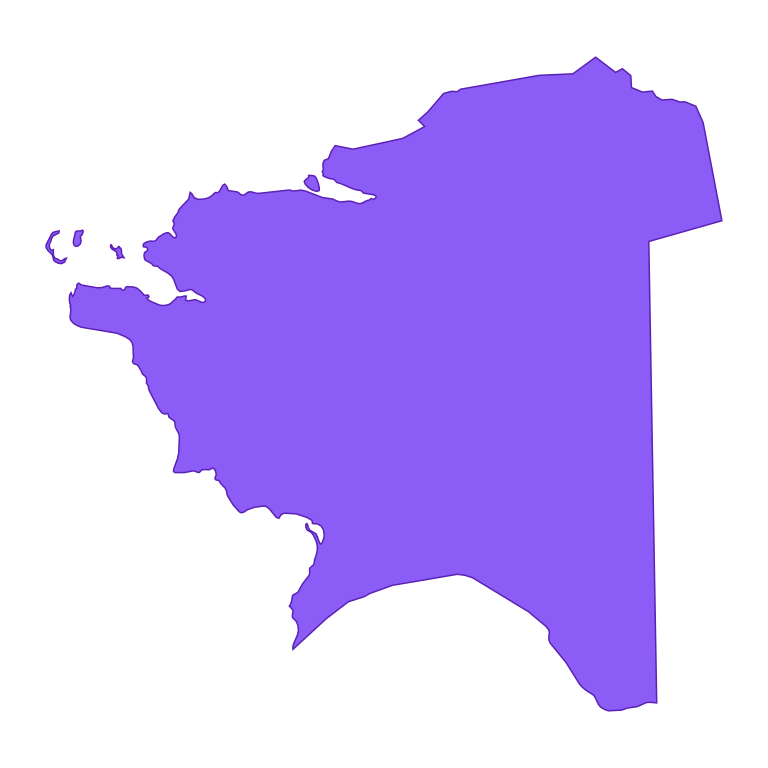 the Region of Mangghystau
{"feature_id": "KAZ-3236", "entity_name": "Mangghystau", "entity_type": "Region", "adm_level": 1, "iso_a3": "KAZ", "parent_name": "Kazakhstan", "parent_adm1": "", "projection": "robinson", "projection_center": [52.321, 43.87], "detail": "fine", "context": "isolated", "style": "filled", "palette": "violet", "viewbox_px": 768, "rotation_deg": 0, "n_neighbors": 0, "source": "natural_earth", "source_scale": "10m", "svg_char_len": 6043}
<svg xmlns="http://www.w3.org/2000/svg" viewBox="0 0 768 768"><path d="M608.6,710.8L605.4,709.8L602.5,708.3L600.4,706.8L598.6,704.7L595.6,698.3L594.4,696.2L592.7,694.5L586.2,690.4L582.6,687.5L579.4,683.9L566.0,662.4L550.4,643.4L549.3,641.1L548.8,638.6L548.9,635.9L549.3,633.7L549.3,631.6L548.2,629.1L545.8,626.2L528.3,611.6L472.5,577.7L465.0,575.3L457.3,574.3L392.5,585.3L370.0,593.4L364.3,596.6L348.3,601.8L326.5,618.5L293.0,649.3L292.8,646.8L293.6,644.0L297.5,634.8L298.5,630.0L297.8,625.0L296.7,622.4L295.4,620.3L293.4,618.7L292.6,617.6L292.3,616.0L292.9,611.7L292.9,610.4L292.3,609.3L289.3,606.1L290.5,604.3L291.4,602.0L292.0,599.4L292.2,597.1L292.8,595.1L297.8,592.4L302.8,583.5L308.9,575.6L309.5,574.4L309.7,572.9L309.6,568.9L310.0,567.9L313.1,565.1L313.9,563.9L314.2,562.9L314.6,559.7L316.3,554.7L317.3,550.0L317.3,545.5L316.0,540.7L313.4,535.3L311.4,532.5L307.0,529.9L305.8,527.1L305.8,524.4L306.9,523.5L307.6,524.8L308.4,527.5L309.5,530.0L316.0,533.8L316.5,534.7L316.8,536.3L317.3,536.4L318.8,540.9L319.8,543.2L320.8,544.1L321.9,543.1L323.0,540.6L323.9,537.6L324.2,535.1L323.4,529.6L321.0,525.9L317.3,523.9L312.5,523.5L312.0,520.4L306.8,517.4L296.3,513.9L284.8,513.2L283.5,513.5L281.0,514.8L278.9,518.3L276.2,517.3L269.4,508.9L265.6,506.2L263.2,506.1L254.3,507.3L247.5,509.7L243.8,512.1L241.5,512.8L239.4,511.9L233.5,505.4L228.3,497.2L227.3,495.3L226.3,490.6L225.2,488.2L220.4,483.2L219.1,480.6L216.3,480.0L215.4,479.5L214.9,477.9L215.9,475.8L216.2,474.4L215.8,472.0L214.7,469.5L213.0,468.0L209.0,469.8L204.0,469.5L201.6,470.1L199.5,472.3L198.5,472.6L193.6,470.8L184.2,472.6L174.8,472.6L173.5,471.4L173.9,468.5L177.6,458.3L178.7,453.0L179.4,436.5L178.9,433.9L175.3,427.0L174.8,421.9L173.2,420.2L169.2,417.5L168.4,415.4L168.1,413.6L167.2,413.4L165.0,414.1L162.9,413.5L161.5,412.4L158.8,409.0L149.6,391.4L148.8,389.2L148.2,385.8L146.4,383.1L146.6,379.2L146.4,378.0L145.6,376.6L142.6,374.1L142.0,373.0L141.2,370.7L139.7,368.5L138.4,366.1L137.5,365.0L136.4,364.5L134.1,363.9L133.3,363.2L132.5,361.5L133.4,357.7L133.1,347.2L132.1,342.6L129.5,339.4L125.5,336.8L116.9,333.2L81.4,327.3L76.9,325.4L74.7,324.1L72.5,322.3L70.7,320.0L70.0,317.3L70.7,311.6L70.8,308.9L70.1,306.5L70.8,305.6L69.8,303.3L69.3,299.2L69.6,295.1L71.0,292.7L72.6,296.4L74.0,294.7L75.1,291.2L75.4,289.3L76.6,288.6L76.9,285.4L77.2,284.1L78.5,283.2L79.4,283.5L81.4,285.0L97.2,287.8L102.0,287.6L106.8,286.0L109.3,286.0L110.3,288.0L111.9,288.4L120.7,288.4L122.2,289.9L123.3,290.4L124.5,289.7L125.6,287.5L126.1,286.9L127.3,286.7L132.5,286.9L135.1,287.4L137.3,288.4L140.8,291.4L143.8,294.8L144.8,295.4L147.3,295.0L148.3,295.3L149.0,296.3L148.7,297.1L147.9,297.7L146.9,297.9L148.5,300.0L151.2,301.6L159.3,305.0L162.2,305.5L165.2,305.4L168.2,304.7L170.5,303.6L175.9,298.7L176.6,297.5L177.3,297.0L180.4,297.0L184.8,296.0L186.3,296.1L185.5,300.1L188.4,300.9L195.3,299.6L202.1,302.4L204.3,302.2L205.7,300.6L205.2,298.8L203.7,297.2L202.3,296.1L196.2,293.1L192.1,289.8L189.8,289.5L184.9,290.9L180.1,291.5L177.3,289.2L173.9,279.8L171.6,276.1L168.2,273.3L160.2,268.6L157.7,266.3L154.1,265.9L153.0,265.5L152.6,264.7L151.5,263.6L145.1,260.0L144.3,257.9L144.0,255.0L144.6,252.5L147.1,250.9L147.5,249.9L147.5,248.7L147.2,247.9L146.1,247.2L143.5,246.8L143.1,245.3L144.0,243.4L146.4,242.1L149.0,241.3L151.0,241.0L153.5,241.3L154.7,241.1L156.1,240.2L158.0,237.6L159.0,236.8L163.3,234.1L165.8,233.0L168.0,232.6L169.7,233.6L173.4,237.5L175.6,237.7L176.5,236.1L175.9,233.7L173.1,229.5L172.7,228.2L174.2,224.1L174.1,223.2L172.9,220.7L174.8,216.9L177.8,212.8L178.4,210.9L179.4,208.9L188.3,199.5L189.2,197.5L189.6,194.8L190.2,192.4L191.6,193.5L194.3,197.7L198.0,199.3L203.0,199.2L208.0,198.0L211.5,196.0L214.6,193.0L215.5,192.5L217.7,192.6L218.7,192.1L220.2,190.0L222.7,185.4L224.6,184.1L225.8,185.2L226.9,186.9L227.7,188.8L228.0,190.5L236.6,191.8L238.2,192.3L240.9,194.7L242.8,195.2L244.6,194.7L247.8,192.3L249.7,191.8L252.0,192.0L256.1,193.2L258.3,193.4L289.3,190.0L293.6,191.1L301.0,190.1L305.7,191.1L322.6,197.6L332.7,199.0L337.7,201.3L340.2,202.0L349.4,201.1L352.1,201.5L357.6,203.4L360.1,203.6L362.2,203.0L366.4,200.8L369.3,200.0L371.1,198.5L373.9,199.4L375.4,198.2L376.1,197.2L375.9,196.0L374.1,194.9L363.5,193.1L361.4,190.9L360.4,190.4L357.4,190.1L352.8,188.8L340.1,183.3L337.6,182.8L336.7,182.3L334.1,179.5L333.2,179.1L329.5,178.6L324.6,176.7L322.9,175.6L323.4,174.0L322.3,172.0L322.5,171.0L323.3,169.7L323.4,168.7L322.9,166.7L323.0,163.8L323.6,161.5L324.7,160.0L326.6,159.5L328.3,158.6L329.4,156.3L331.1,151.8L335.2,145.6L352.9,149.2L402.7,138.4L424.7,126.5L418.4,120.3L427.7,112.0L443.6,93.5L451.5,91.3L457.2,91.7L460.6,89.2L538.7,75.4L572.9,73.8L595.6,57.2L615.6,72.4L622.4,68.7L630.8,75.6L631.5,87.6L642.6,92.1L652.4,91.1L655.9,96.5L661.8,100.0L672.1,99.3L679.9,102.0L684.9,101.8L695.9,106.3L703.1,122.5L721.9,220.7L648.8,241.5L656.7,702.9L649.7,702.3L646.2,702.6L637.1,706.7L627.6,708.0L621.6,710.1L608.6,710.8ZM318.4,183.8L319.3,188.0L319.3,190.5L316.8,191.5L311.9,189.9L307.9,187.1L305.2,184.1L304.2,181.4L305.7,179.6L308.4,177.6L308.8,176.7L308.5,175.8L309.0,175.3L312.6,175.6L314.6,176.1L316.4,178.3L318.4,183.8ZM64.5,262.1L61.7,263.6L58.5,263.3L55.3,261.7L53.8,260.3L53.3,259.2L53.2,257.8L52.6,255.7L51.6,254.0L47.9,250.5L46.1,247.5L46.1,244.8L51.8,233.6L52.9,232.6L54.5,231.9L59.1,230.9L58.9,233.0L53.0,236.0L51.4,238.9L51.1,240.7L49.6,243.8L49.3,245.8L49.6,247.8L50.5,249.5L51.8,250.3L53.3,249.7L53.3,252.8L53.6,255.9L54.8,258.1L58.2,259.4L60.1,260.8L61.6,260.8L64.9,258.6L66.4,258.2L64.5,262.1ZM73.7,239.5L75.5,231.9L76.7,231.0L80.8,230.9L82.3,230.1L82.7,230.2L83.2,231.7L82.3,234.3L81.6,235.4L80.8,235.9L80.4,236.7L81.1,241.4L80.2,244.1L78.1,245.9L75.8,246.4L74.1,245.3L73.3,242.5L73.7,239.5ZM121.6,253.8L124.0,257.7L121.8,257.3L120.5,257.6L119.1,258.4L117.6,258.6L117.2,257.8L118.1,256.5L118.1,255.8L117.1,255.4L116.7,254.7L117.2,253.4L116.5,251.9L112.0,249.1L110.5,246.9L110.7,244.9L111.5,244.9L112.2,246.7L113.8,248.4L115.7,248.9L117.2,248.2L118.7,246.5L119.3,246.6L120.0,248.1L120.7,248.2L121.4,249.6L121.6,253.8Z" fill="#8b5cf6" stroke="#5b21b6" stroke-width="1.5"/></svg>